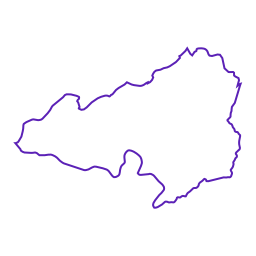 SVG path tracing the border of Bong
{"feature_id": "LBR-784", "entity_name": "Bong", "entity_type": "County", "adm_level": 1, "iso_a3": "LBR", "parent_name": "Liberia", "parent_adm1": "", "projection": "mercator", "projection_center": [-9.669, 6.93], "detail": "fine", "context": "isolated", "style": "outline", "palette": "violet", "viewbox_px": 256, "rotation_deg": 0, "n_neighbors": 0, "source": "natural_earth", "source_scale": "10m", "svg_char_len": 4305}
<svg xmlns="http://www.w3.org/2000/svg" viewBox="0 0 256 256"><path d="M179.3,56.1L180.7,55.5L185.4,51.0L187.2,48.3L190.3,53.8L192.2,55.4L194.6,51.8L195.5,51.5L196.3,51.0L196.7,49.2L197.3,48.7L198.8,48.4L201.5,48.3L203.8,48.6L205.0,49.0L206.3,49.9L207.4,51.3L208.6,54.5L209.5,55.6L212.0,56.0L217.5,54.5L220.0,54.8L222.3,58.1L224.5,68.3L228.5,72.0L229.5,72.1L233.1,72.0L234.0,72.7L234.1,75.5L235.3,76.5L238.5,78.1L239.0,80.2L237.5,85.8L239.4,84.2L240.6,83.8L240.1,85.2L234.8,102.9L231.9,106.9L231.6,109.3L231.5,111.0L230.8,112.9L230.6,114.4L230.5,116.6L230.2,117.2L227.5,119.9L227.5,120.6L228.5,121.7L229.4,123.1L230.0,123.5L231.5,124.2L232.0,124.9L232.4,125.8L232.8,127.1L233.4,127.9L233.9,128.5L234.4,129.2L234.8,131.0L235.3,131.6L236.0,131.9L236.5,132.0L237.2,132.0L237.5,132.2L237.9,132.4L238.7,133.8L240.1,135.2L240.1,136.4L239.2,141.0L239.1,142.8L239.2,144.4L239.9,147.7L239.8,148.8L239.3,149.6L238.1,150.6L237.6,151.2L236.9,151.8L236.3,152.4L235.8,153.2L235.9,154.0L236.4,154.6L236.9,155.7L236.9,156.5L236.6,157.2L235.4,158.3L235.1,159.0L234.8,159.8L234.3,160.6L233.3,162.2L233.3,163.0L233.6,164.0L233.0,166.4L232.6,167.3L232.0,168.2L230.8,169.7L230.8,170.5L231.9,172.5L232.0,173.6L231.1,176.2L230.4,177.0L229.7,177.3L228.0,177.2L226.3,177.5L223.6,177.4L208.3,181.2L206.5,181.1L206.2,180.2L205.8,179.5L204.6,178.9L203.9,179.2L203.4,179.8L202.4,180.8L200.0,182.5L199.3,183.3L198.8,184.2L198.7,185.1L198.3,186.0L197.7,186.8L196.5,187.8L195.4,188.0L194.0,188.0L193.2,188.3L190.1,191.3L187.7,193.0L186.8,194.3L185.8,196.3L185.1,196.4L184.2,196.1L182.8,195.9L181.9,196.2L181.1,196.7L180.4,197.4L179.5,197.5L178.7,197.3L177.6,197.3L177.0,197.7L176.8,198.3L176.6,199.1L175.5,200.7L174.6,201.8L174.1,202.2L173.3,202.4L171.7,202.2L171.1,202.2L169.7,202.4L168.8,202.4L167.0,201.7L165.7,201.6L164.9,201.9L162.0,204.5L157.6,207.1L155.7,207.7L154.3,207.7L153.9,207.1L153.5,206.5L153.3,205.9L153.1,205.3L153.1,204.7L153.2,204.1L153.4,203.4L153.6,202.8L155.2,200.2L159.2,195.1L161.5,192.9L163.4,190.5L163.8,189.9L164.0,189.4L164.1,188.8L164.1,188.2L164.0,187.5L163.8,186.7L163.1,185.6L162.4,184.6L158.6,181.2L154.3,176.1L153.6,175.4L152.7,174.8L151.1,174.0L150.2,173.9L149.4,173.9L148.8,174.1L140.9,174.9L139.7,174.8L139.1,174.5L138.6,174.2L137.8,173.1L141.0,165.9L141.8,163.4L141.9,162.5L141.8,161.4L141.5,159.8L141.2,158.7L140.8,157.8L140.4,157.0L139.8,156.3L138.7,155.2L136.6,153.5L133.9,151.8L132.6,151.2L131.3,150.7L129.8,150.4L129.1,150.3L128.5,150.4L127.9,150.6L127.2,151.1L126.1,152.2L125.3,153.4L125.0,154.0L124.7,154.7L124.5,155.4L124.4,156.2L124.4,157.7L124.8,161.4L124.8,162.1L124.6,162.7L124.2,163.3L121.8,165.5L121.4,166.1L120.8,167.3L120.4,168.7L120.1,169.9L119.8,172.3L119.4,174.2L119.1,174.8L118.6,175.4L117.7,176.1L115.8,177.0L114.7,177.1L113.9,177.1L113.3,176.7L112.7,176.3L111.6,175.0L108.8,171.2L108.3,170.7L107.1,169.8L106.5,169.5L102.9,168.3L96.1,166.7L94.6,166.6L94.0,166.7L92.2,167.4L88.5,169.4L86.3,170.0L85.0,170.2L83.8,170.0L63.9,163.4L62.6,162.7L61.2,161.7L59.8,160.6L57.1,157.8L56.3,157.2L55.2,156.4L53.0,155.3L51.7,154.8L50.7,154.6L48.2,154.7L44.7,155.2L39.4,155.2L36.7,153.0L35.1,152.5L34.3,152.6L33.0,152.8L31.5,152.9L24.5,152.5L22.6,151.8L20.9,150.6L20.4,149.2L15.4,143.2L15.5,143.2L17.8,142.3L18.8,141.0L21.4,136.6L22.7,131.4L23.2,128.6L23.4,125.1L23.6,124.5L23.8,123.9L24.9,123.1L26.4,122.1L31.8,119.7L33.0,119.4L33.6,119.4L37.7,120.1L38.9,120.1L40.1,119.9L41.4,119.5L42.6,118.6L47.7,113.2L50.2,109.9L51.8,106.9L52.6,105.8L63.1,97.2L64.5,95.5L65.0,95.0L66.7,94.3L70.9,94.4L76.5,95.8L78.8,96.8L79.0,97.0L79.1,97.5L79.1,97.9L78.9,98.8L78.5,99.3L77.8,99.9L77.4,100.6L77.2,101.2L77.6,101.7L78.0,102.2L78.3,102.8L78.8,104.5L79.0,105.1L79.5,106.7L79.5,107.1L79.3,107.5L79.0,107.8L78.8,108.2L78.8,108.5L79.2,108.8L79.7,109.0L81.4,109.8L83.9,109.4L86.7,107.4L91.7,102.4L97.7,98.3L101.1,96.8L104.9,95.7L105.8,95.6L106.9,95.6L107.9,95.8L108.7,96.2L109.6,96.4L110.3,95.8L111.1,94.9L112.1,94.5L112.9,93.8L116.0,90.0L118.6,88.0L124.6,84.5L126.9,82.3L131.6,84.5L133.9,85.1L139.7,85.9L140.8,85.9L142.3,85.5L143.7,84.9L146.4,83.0L147.8,82.3L147.8,83.3L150.1,82.1L152.1,79.9L153.2,77.4L152.3,75.6L153.2,73.6L154.4,71.8L156.1,70.5L160.5,69.7L163.6,68.2L167.2,67.4L169.8,66.2L176.0,62.0L179.9,57.9L179.7,57.3L179.6,56.7L179.3,56.2L179.3,56.1Z" fill="none" stroke="#5b21b6" stroke-width="2"/></svg>